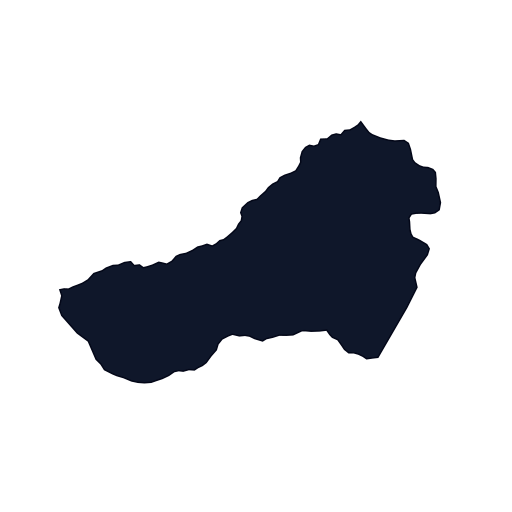 São Jorge do Ivaí, Paraná, Brazil, rotated 208°
{"feature_id": "56859067B31739718391647", "entity_name": "São Jorge do Ivaí", "entity_type": "district", "adm_level": 2, "iso_a3": "BRA", "parent_name": "Brazil", "parent_adm1": "Paraná", "projection": "mercator", "projection_center": [-52.309, -23.436], "detail": "fine", "context": "isolated", "style": "filled", "palette": "ink", "viewbox_px": 512, "rotation_deg": 208, "n_neighbors": 0, "source": "geoboundaries", "source_scale": "gbopen_adm2", "svg_char_len": 2234}
<svg xmlns="http://www.w3.org/2000/svg" viewBox="0 0 512 512"><g transform="rotate(208 256 256)"><path d="M100.8,223.8L98.7,281.3L99.2,303.9L105.7,311.4L107.1,316.1L107.0,325.7L105.3,337.5L106.5,343.7L110.6,346.2L119.2,346.6L126.4,346.2L129.6,348.3L132.6,351.7L136.5,358.2L138.9,361.4L138.5,366.0L134.8,368.9L130.3,371.5L121.9,375.3L118.4,378.1L116.0,382.8L118.2,389.7L124.9,397.6L129.8,401.7L133.4,408.7L136.9,414.0L140.5,415.4L145.7,414.8L150.0,412.9L154.3,412.3L159.6,412.9L163.0,414.5L169.7,422.6L174.4,427.0L179.5,427.5L187.4,422.7L193.5,420.4L201.9,418.5L210.4,417.6L214.2,418.0L218.8,420.0L226.5,423.7L227.4,419.5L229.7,415.3L232.2,411.4L236.6,408.5L237.9,402.8L242.5,401.4L245.8,398.3L248.0,392.8L253.7,389.5L253.1,383.6L256.4,380.1L260.8,378.8L263.2,375.1L264.2,369.9L262.8,363.6L260.5,359.8L260.4,355.4L260.8,349.9L263.9,345.6L268.5,340.8L271.5,336.4L271.8,331.8L275.0,327.3L277.1,322.2L277.8,317.6L280.2,311.2L281.6,306.5L285.4,303.2L288.2,299.3L290.7,292.1L289.8,287.1L286.9,284.5L285.5,280.2L286.3,276.0L286.1,271.1L288.0,265.2L290.3,259.2L292.2,255.2L295.1,252.6L296.7,248.2L299.3,244.2L304.8,243.3L308.2,239.6L311.7,236.5L314.5,231.3L318.8,225.6L323.7,221.6L326.3,218.2L327.7,211.9L330.9,206.9L335.0,205.9L338.9,204.8L343.1,199.3L347.0,195.3L350.0,192.7L354.7,193.4L359.1,190.3L364.0,192.1L369.0,188.5L373.3,183.2L377.8,180.5L382.6,175.0L384.8,170.8L390.9,164.4L393.1,156.0L396.5,150.3L399.7,146.5L403.1,142.7L405.9,138.8L410.0,136.8L413.3,134.1L408.8,129.8L406.7,122.3L405.8,117.8L399.5,112.3L377.6,104.1L364.1,102.1L348.6,89.7L342.2,87.8L336.4,84.5L327.2,84.7L322.7,85.1L315.8,86.5L307.2,87.3L300.9,89.1L295.0,91.7L289.3,95.3L285.7,99.2L281.4,103.7L277.0,109.6L274.0,115.5L270.5,118.5L266.2,120.2L262.0,124.2L256.9,126.5L254.9,130.2L252.0,134.1L250.0,138.5L248.8,146.8L247.0,154.5L248.2,160.4L247.0,166.8L243.1,172.4L240.1,175.9L233.2,177.7L228.5,180.8L224.0,182.3L218.4,182.5L210.3,184.1L208.1,187.9L203.2,192.1L198.3,197.1L192.2,200.2L186.3,203.8L180.5,211.5L177.2,213.3L172.0,215.5L164.7,219.7L158.8,223.8L153.9,221.3L150.4,220.1L144.5,220.5L138.9,217.7L134.0,215.1L128.7,214.1L124.1,216.5L119.4,217.5L114.6,217.7L110.1,217.2L105.3,220.7L100.8,223.8Z" fill="#0f172a" stroke="#020617" stroke-width="1.5"/></g></svg>